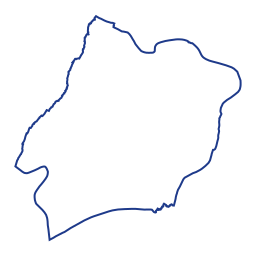 the district of Lamduan, Surin, Thailand
{"feature_id": "78962969B18818398645173", "entity_name": "Lamduan", "entity_type": "district", "adm_level": 2, "iso_a3": "THA", "parent_name": "Thailand", "parent_adm1": "Surin", "projection": "orthographic", "projection_center": [103.663, 14.716], "detail": "fine", "context": "isolated", "style": "outline", "palette": "blue", "viewbox_px": 256, "rotation_deg": 0, "n_neighbors": 0, "source": "geoboundaries", "source_scale": "gbopen_adm2", "svg_char_len": 5511}
<svg xmlns="http://www.w3.org/2000/svg" viewBox="0 0 256 256"><path d="M209.3,60.6L206.3,59.3L205.4,58.8L203.7,57.7L202.9,57.0L201.9,55.8L201.2,54.6L199.4,50.9L198.5,49.4L197.2,47.7L195.3,45.8L192.7,43.5L192.0,43.1L191.7,43.1L191.4,43.2L190.9,43.1L189.5,42.3L189.4,42.3L189.2,42.5L188.5,42.3L188.4,42.2L188.3,41.5L186.9,40.7L184.3,39.9L182.1,39.5L180.5,39.4L178.4,39.3L176.1,39.4L169.5,40.3L165.4,41.0L160.9,42.2L158.4,43.1L157.4,43.7L156.6,44.3L155.9,45.2L155.5,45.9L155.1,46.7L154.9,48.0L154.8,50.2L154.7,51.2L154.3,51.8L153.3,52.5L152.5,52.7L152.1,52.7L148.8,52.8L146.4,52.7L144.8,52.4L143.5,52.0L142.0,51.4L141.1,50.9L138.6,48.1L135.5,44.2L133.8,40.9L133.0,39.7L130.9,36.1L129.4,34.1L128.1,32.9L127.7,32.5L126.9,32.3L123.6,31.6L121.8,31.4L117.9,29.2L114.2,27.5L113.5,27.1L113.9,25.8L113.6,25.7L113.9,24.3L114.3,23.5L112.8,22.9L111.9,22.8L111.0,22.8L109.5,22.3L106.7,21.5L104.4,20.5L100.9,18.7L99.3,18.1L96.0,16.2L95.5,16.9L94.7,17.6L94.7,18.3L94.9,19.7L94.8,19.8L94.6,19.7L94.2,19.4L93.9,19.4L93.2,20.2L92.7,20.6L92.4,21.3L91.6,21.6L91.1,23.1L90.8,23.0L90.6,23.1L90.3,23.1L89.9,24.0L89.4,23.8L88.9,24.3L88.9,24.6L88.8,24.8L88.7,25.8L88.4,26.2L88.3,26.8L88.1,27.2L88.1,27.5L88.0,28.1L88.1,28.6L87.9,30.1L87.9,31.6L88.2,32.0L87.9,32.2L87.9,32.7L88.1,33.0L88.1,33.4L88.5,34.4L88.2,34.5L87.9,34.3L87.0,34.2L86.2,35.2L86.1,35.8L85.2,37.0L85.3,37.4L84.6,38.0L84.8,38.7L84.7,39.0L84.7,39.5L84.8,40.3L84.4,41.1L84.4,41.4L84.5,41.5L84.9,41.7L84.9,42.6L85.0,43.0L84.4,44.8L84.1,45.6L84.1,46.2L84.4,46.6L84.4,47.0L83.9,47.8L83.6,48.9L83.0,49.0L82.9,49.1L82.8,50.6L83.0,51.0L82.9,51.6L83.0,52.1L82.8,52.4L82.7,52.8L81.8,54.2L81.1,55.1L81.1,55.4L80.5,56.2L80.1,57.2L79.5,58.0L79.3,58.5L78.7,58.3L78.1,58.5L76.5,58.8L76.2,59.1L75.5,58.8L75.4,58.8L75.3,59.0L74.9,59.1L74.7,59.6L73.9,60.7L73.7,61.5L73.3,61.4L73.1,61.5L72.8,62.1L72.3,62.6L72.5,62.8L73.0,62.8L73.0,63.0L72.1,64.7L71.7,65.7L71.6,66.4L70.9,67.4L70.8,68.2L70.3,68.8L70.3,69.8L68.4,71.9L68.4,72.2L68.7,72.7L68.5,73.4L68.7,74.0L68.1,75.2L67.9,76.4L67.2,78.4L67.2,78.5L67.4,78.9L67.4,79.6L67.2,81.2L67.0,82.0L67.3,83.0L67.0,83.4L67.0,83.5L67.4,84.0L67.8,85.6L67.4,86.0L67.3,86.4L66.8,87.5L67.1,87.9L66.9,88.3L66.3,89.1L66.5,89.4L65.8,90.1L65.7,90.5L65.3,90.8L65.6,91.2L65.4,91.5L65.3,91.9L64.5,92.7L64.4,93.2L64.0,93.1L63.3,94.5L63.0,94.6L62.1,95.5L62.4,95.9L62.4,96.0L61.6,97.2L61.4,97.8L60.0,98.7L59.8,99.1L58.8,100.0L58.6,100.8L58.3,100.8L57.9,101.0L57.6,100.8L57.2,100.8L56.9,101.1L56.4,101.2L55.7,101.6L55.2,102.3L55.2,102.7L54.8,103.3L54.2,103.9L53.7,104.1L53.5,104.7L52.8,105.8L52.7,106.5L52.2,106.7L51.8,107.2L51.2,107.3L51.0,107.8L49.8,108.9L48.9,110.9L46.7,110.1L44.5,113.8L42.6,115.9L42.4,116.0L42.2,115.9L42.1,116.0L41.4,115.6L40.3,116.8L39.9,117.0L39.5,117.4L39.4,118.0L38.7,118.4L38.5,119.0L37.9,119.6L36.6,121.4L36.4,121.5L35.6,121.8L35.1,122.1L34.9,122.3L34.2,123.6L33.8,123.3L33.7,123.4L33.3,124.0L32.7,124.7L32.4,125.1L32.3,125.9L31.2,127.3L31.0,127.8L30.9,127.9L30.3,128.0L29.6,127.8L29.0,129.1L28.8,129.9L28.2,131.8L27.3,133.4L27.2,133.5L26.6,133.3L26.5,133.5L25.4,136.6L24.8,139.1L24.0,141.2L22.4,143.6L22.4,144.1L23.1,144.3L22.6,145.8L22.5,147.3L22.2,148.9L22.4,149.2L22.5,149.5L22.5,150.8L22.3,151.5L21.4,153.1L21.0,154.2L20.6,154.4L18.9,157.3L18.3,158.0L17.9,159.4L17.2,160.3L15.4,166.4L20.3,170.1L22.2,171.6L23.5,172.4L24.4,172.9L25.6,173.1L26.9,173.2L27.8,173.0L29.3,172.5L34.7,170.3L37.9,168.8L40.3,167.5L41.6,167.0L43.2,166.6L44.2,166.5L44.9,166.6L45.4,166.9L46.1,167.7L46.9,169.1L47.8,171.4L47.9,171.9L47.7,174.0L47.4,175.3L47.1,176.2L46.3,177.6L45.4,179.0L43.4,181.7L41.3,184.3L39.4,186.5L36.6,190.5L35.4,192.5L34.8,194.2L34.6,195.2L34.6,197.3L34.9,200.0L35.4,201.7L35.9,203.2L36.4,204.0L42.4,209.9L44.5,212.4L46.1,214.9L47.1,217.9L47.4,219.7L47.6,221.5L47.8,225.2L48.4,229.2L49.6,239.8L53.4,237.8L56.0,236.2L62.6,232.8L64.5,232.0L70.7,228.0L84.4,220.4L90.9,217.4L93.8,216.3L108.8,211.4L112.5,210.4L118.0,209.5L124.6,209.1L130.7,208.9L135.9,208.9L144.3,209.6L148.6,209.5L150.4,209.5L151.9,209.7L152.1,209.9L153.9,212.0L154.5,212.3L155.5,212.5L155.8,212.4L156.0,212.2L155.9,211.2L155.9,210.9L156.8,210.0L157.1,209.4L157.5,209.1L157.7,208.6L158.2,208.8L157.9,209.5L157.9,209.8L158.1,210.0L158.7,209.9L160.1,209.0L160.3,209.1L160.4,209.6L160.7,209.5L161.0,208.5L161.4,208.6L161.6,208.4L161.8,207.2L162.2,206.5L162.5,206.4L162.9,206.7L163.1,206.6L163.4,206.0L163.3,205.3L163.5,204.3L164.0,203.7L164.6,204.1L166.0,204.9L166.1,205.1L166.1,205.8L166.5,206.0L166.7,206.4L167.2,206.6L167.5,206.6L167.9,206.2L168.4,206.8L168.7,206.7L169.9,205.8L170.0,205.3L170.1,205.0L170.9,204.7L171.4,204.3L171.6,204.3L172.0,204.6L172.5,205.4L173.0,205.4L173.8,205.6L174.1,204.7L175.3,200.1L175.7,198.2L175.8,197.2L176.4,194.8L176.9,193.5L177.2,192.1L178.0,189.8L179.9,186.5L183.3,179.4L184.0,178.5L184.7,177.7L185.6,177.2L192.9,173.2L196.2,172.0L200.3,169.8L202.2,168.5L205.3,166.0L208.5,162.9L210.0,160.4L211.5,155.0L211.7,153.9L213.0,149.9L213.7,149.9L214.4,149.6L215.1,149.0L215.5,148.2L216.3,146.0L217.5,140.9L218.1,138.9L218.3,137.6L218.2,136.2L218.3,134.8L218.6,133.8L219.1,131.3L219.0,130.5L218.6,129.0L218.9,127.8L219.3,125.8L219.3,124.4L219.1,122.0L219.4,119.2L219.3,118.3L219.4,118.1L219.9,117.5L220.3,116.3L221.3,114.4L221.4,113.8L220.8,112.6L220.5,111.7L220.5,110.4L220.9,107.9L222.8,103.7L223.9,102.5L227.1,99.9L230.8,97.6L235.2,94.3L238.1,91.9L239.5,89.9L239.8,89.3L240.4,86.8L240.6,85.0L240.6,82.7L240.5,80.4L237.3,71.7L234.0,68.7L231.6,67.3L226.0,65.3L218.5,63.1L212.4,61.5L209.3,60.6Z" fill="none" stroke="#1e3a8a" stroke-width="2"/></svg>